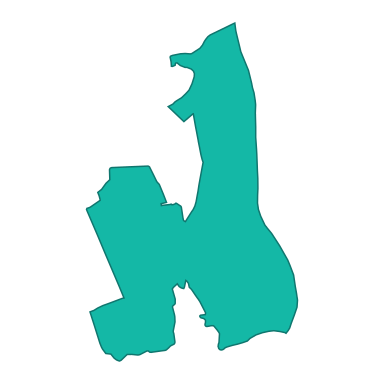 Hai Chau, Đà Nẵng, Vietnam (Mercator projection)
{"feature_id": "81297802B10780873415993", "entity_name": "Hai Chau", "entity_type": "district", "adm_level": 2, "iso_a3": "VNM", "parent_name": "Vietnam", "parent_adm1": "Đà Nẵng", "projection": "mercator", "projection_center": [108.212, 16.059], "detail": "fine", "context": "isolated", "style": "filled", "palette": "teal", "viewbox_px": 384, "rotation_deg": 0, "n_neighbors": 0, "source": "geoboundaries", "source_scale": "gbopen_adm2", "svg_char_len": 3838}
<svg xmlns="http://www.w3.org/2000/svg" viewBox="0 0 384 384"><path d="M286.0,333.3L288.2,330.5L289.7,328.0L291.2,323.4L294.3,315.1L297.0,307.2L297.5,300.2L297.3,298.6L297.0,296.9L296.5,293.3L295.3,286.6L293.6,275.0L290.2,266.0L289.3,263.8L287.7,260.0L284.0,253.5L279.7,245.9L271.6,233.4L266.9,227.7L266.6,227.2L265.0,225.3L260.7,216.2L258.3,209.1L258.3,208.6L257.5,203.2L257.5,202.6L257.6,195.0L257.9,188.6L257.9,188.1L257.8,178.4L257.4,170.7L257.0,159.9L256.8,154.6L256.5,149.0L255.7,137.3L255.7,126.9L255.4,115.8L255.4,114.5L255.3,113.4L255.6,105.6L255.6,104.4L255.2,100.6L254.0,92.8L252.5,87.8L251.9,84.7L251.7,83.6L251.5,82.9L251.5,82.7L248.5,70.5L240.8,51.7L239.1,44.5L237.9,39.6L236.4,33.4L235.8,30.7L234.8,23.0L214.2,33.0L210.1,35.0L207.9,36.7L205.8,39.3L204.4,41.4L202.5,45.1L199.9,48.3L195.1,51.4L194.7,51.7L191.7,53.6L190.2,53.9L185.1,53.5L180.4,53.8L172.5,55.4L170.5,56.2L170.1,57.1L171.1,61.9L171.4,66.3L172.5,66.4L175.1,65.3L175.4,63.7L175.9,63.0L177.1,62.9L180.3,65.5L185.1,67.4L187.0,67.4L191.3,69.1L193.5,71.2L194.4,73.7L194.2,76.8L192.0,83.8L189.0,90.2L185.6,93.9L181.5,97.8L177.4,100.3L175.1,101.8L172.9,104.1L168.2,106.6L183.9,121.6L189.4,116.9L192.9,113.9L193.3,113.8L195.6,126.8L196.5,131.4L198.3,140.9L198.3,141.2L199.6,147.7L200.0,149.8L200.9,154.5L201.6,157.4L202.2,159.7L203.0,162.0L203.2,162.5L203.0,162.9L200.6,175.9L199.3,183.1L198.9,185.4L198.0,191.4L197.2,195.6L196.1,201.8L194.9,206.0L193.1,209.7L191.6,211.8L185.4,221.6L184.5,221.2L184.1,220.9L183.5,220.3L183.3,219.6L183.2,218.9L183.0,218.2L181.9,210.8L181.6,208.9L181.4,207.5L181.1,206.8L181.1,206.6L180.7,206.1L179.9,205.6L176.4,203.3L175.8,203.2L174.9,204.0L172.9,204.7L172.5,204.6L172.2,204.7L171.8,204.7L171.5,204.6L171.3,204.4L171.1,204.1L170.1,204.5L162.9,205.3L161.4,205.6L161.1,203.7L166.5,202.4L163.3,194.1L163.0,193.4L159.4,184.7L159.1,184.2L157.6,182.6L156.7,181.5L153.5,174.9L149.5,166.9L148.5,166.2L147.6,166.1L125.7,167.0L111.6,167.6L110.8,167.9L110.1,168.3L109.5,169.7L109.8,179.7L106.0,183.3L101.6,189.4L97.8,192.4L98.2,193.5L99.1,195.7L100.0,199.1L100.2,200.3L90.2,207.2L88.2,208.0L87.0,208.3L86.5,209.4L87.2,211.2L97.6,235.4L105.1,253.3L119.2,286.4L124.0,298.0L122.2,298.4L108.7,303.5L102.8,305.6L102.2,305.9L97.8,308.0L93.8,310.5L92.6,310.9L90.0,311.9L94.2,325.0L99.9,343.2L101.5,347.2L102.6,349.2L104.1,351.2L105.8,353.5L110.9,354.1L112.9,356.6L114.2,358.2L116.5,359.9L118.4,360.7L119.6,361.0L121.2,360.2L127.1,354.5L131.8,354.4L137.7,355.0L138.8,354.9L139.9,354.6L146.5,351.2L146.8,351.0L147.8,351.0L148.6,351.1L148.9,351.5L149.8,352.2L151.2,352.3L152.5,352.1L154.8,351.8L161.9,350.8L165.1,350.4L166.0,350.1L166.8,349.5L168.7,347.8L170.3,346.1L171.1,345.6L172.7,344.8L174.0,344.2L174.5,343.5L174.7,343.2L174.9,342.5L174.9,341.6L173.8,333.6L173.4,332.4L173.2,331.2L175.0,321.9L174.8,316.7L174.5,314.9L172.5,307.1L172.6,306.2L173.4,305.4L174.8,304.2L175.2,303.3L175.2,299.1L172.3,288.9L173.6,287.2L177.3,283.8L178.3,285.4L179.2,286.6L181.2,287.9L183.2,288.5L183.8,288.5L184.5,286.9L184.8,285.3L185.8,280.4L186.9,281.2L188.4,283.3L189.3,287.3L191.4,289.3L192.1,290.3L195.4,295.2L197.3,297.9L198.5,299.5L199.1,300.5L199.7,301.3L205.5,312.6L205.5,313.6L205.3,314.6L200.6,315.2L200.0,315.6L199.8,316.2L200.1,317.0L200.9,317.8L202.0,318.1L203.0,318.3L204.1,318.8L205.1,319.7L205.5,320.6L205.5,321.5L205.4,322.8L205.0,324.2L205.1,325.3L205.5,325.9L206.0,326.3L206.9,326.5L208.7,326.2L209.8,326.0L211.0,325.7L213.4,325.7L214.3,326.5L217.0,329.8L218.9,332.4L219.5,333.7L219.4,335.4L219.2,338.8L219.0,342.5L218.4,344.1L218.1,346.5L218.6,347.9L218.7,348.5L219.8,349.6L221.1,350.0L222.7,349.7L224.1,348.8L225.1,347.8L226.6,347.1L228.8,346.4L232.6,345.3L237.7,344.1L242.8,342.6L247.4,341.0L250.0,338.4L256.0,334.9L262.4,332.7L268.7,331.3L273.8,330.7L279.9,331.5L285.0,332.6L286.0,333.3Z" fill="#14b8a6" stroke="#0f766e" stroke-width="1.5"/></svg>